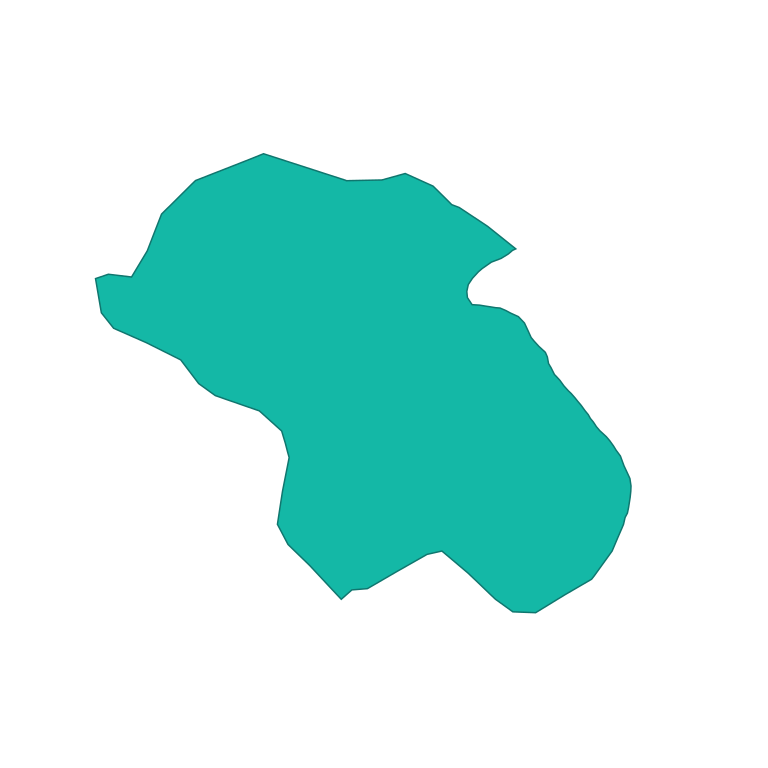 the district of Umu-Nneochi, Abia, Nigeria, rotated 222°
{"feature_id": "59680162B46179290363212", "entity_name": "Umu-Nneochi", "entity_type": "district", "adm_level": 2, "iso_a3": "NGA", "parent_name": "Nigeria", "parent_adm1": "Abia", "projection": "natural_earth1", "projection_center": [7.375, 5.963], "detail": "fine", "context": "isolated", "style": "filled", "palette": "teal", "viewbox_px": 768, "rotation_deg": 222, "n_neighbors": 0, "source": "geoboundaries", "source_scale": "gbopen_adm2", "svg_char_len": 1800}
<svg xmlns="http://www.w3.org/2000/svg" viewBox="0 0 768 768"><g transform="rotate(222 384 384)"><path d="M271.7,195.4L270.1,209.5L259.4,220.8L248.8,253.7L238.0,286.2L229.2,298.6L226.7,298.7L195.2,299.7L176.9,299.2L165.2,298.8L157.2,298.6L135.8,300.9L118.3,315.5L108.6,348.2L99.1,377.8L99.4,382.3L99.7,385.0L102.7,412.5L107.4,426.1L110.8,436.3L112.1,440.0L115.5,446.1L116.7,450.9L119.5,455.7L125.3,464.6L128.8,469.4L132.2,473.5L138.0,478.3L144.5,481.1L150.9,483.8L154.9,485.9L160.2,488.7L160.4,488.7L162.7,489.2L167.2,490.1L171.9,491.5L178.3,492.9L183.6,493.6L192.4,493.7L197.6,494.4L202.9,495.8L207.6,496.5L211.7,497.9L216.9,498.7L221.0,499.6L223.4,500.1L228.6,500.8L232.7,501.5L238.6,502.2L242.7,502.3L249.1,503.0L255.6,504.4L260.6,504.9L263.7,505.1L270.8,507.9L275.4,509.3L280.7,513.4L285.3,515.5L294.1,515.6L301.1,516.3L305.8,517.0L312.2,519.8L320.4,523.3L329.2,524.0L333.3,522.7L337.4,521.4L342.7,520.1L348.6,518.1L352.1,515.4L356.3,512.7L360.4,510.0L365.7,506.6L367.1,505.5L371.6,501.9L379.8,504.0L384.4,508.2L387.9,514.3L389.0,521.8L388.9,530.6L388.3,535.4L385.8,546.3L383.4,551.0L381.0,555.7L378.6,563.9L377.9,569.3L376.5,572.6L412.5,570.5L446.2,565.5L453.7,562.6L456.7,562.8L479.9,563.9L509.1,554.6L522.1,534.2L548.1,509.8L548.6,509.8L627.6,474.5L635.8,457.8L660.2,409.1L660.4,406.6L660.4,405.9L660.5,405.2L661.3,391.0L662.2,374.6L662.3,372.8L662.6,368.8L663.0,361.4L656.5,344.2L649.0,324.5L643.2,294.6L662.3,281.1L668.9,269.3L641.7,247.8L626.9,245.3L622.2,244.5L588.2,255.7L551.2,265.9L522.0,260.3L501.6,262.5L497.4,264.3L491.8,266.6L459.6,280.2L458.8,280.6L428.6,280.6L425.0,278.4L417.9,274.1L409.9,268.8L405.3,265.9L402.0,260.4L387.8,236.6L381.2,226.5L369.3,208.4L365.2,206.9L347.9,200.5L317.7,199.4L284.6,196.5L271.7,195.4Z" fill="#14b8a6" stroke="#0f766e" stroke-width="1.5"/></g></svg>